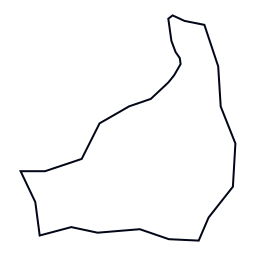 Wokingham, Equal Earth projection
{"feature_id": "GBR-5701", "entity_name": "Wokingham", "entity_type": "Unitary Authority", "adm_level": 1, "iso_a3": "GBR", "parent_name": "United Kingdom", "parent_adm1": "", "projection": "equal_earth", "projection_center": [-0.911, 51.451], "detail": "fine", "context": "isolated", "style": "outline", "palette": "ink", "viewbox_px": 256, "rotation_deg": 0, "n_neighbors": 0, "source": "natural_earth", "source_scale": "10m", "svg_char_len": 454}
<svg xmlns="http://www.w3.org/2000/svg" viewBox="0 0 256 256"><path d="M97.6,232.7L71.3,227.1L39.7,235.5L35.3,202.1L20.6,171.2L45.0,171.2L81.7,158.9L99.6,123.3L129.2,106.3L150.8,98.9L168.4,82.4L174.1,75.3L180.6,64.1L179.8,58.1L175.6,52.1L171.4,40.9L168.3,18.7L172.6,15.4L184.5,20.9L204.4,24.9L218.2,66.4L220.7,106.5L235.4,143.5L232.9,186.7L208.6,217.5L198.7,240.6L168.9,239.2L139.8,229.2L97.6,232.7Z" fill="none" stroke="#020617" stroke-width="2"/></svg>